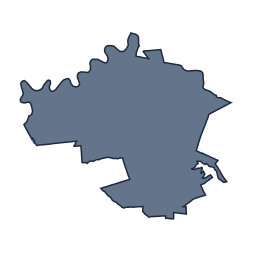 Butea, Iasi, Romania, rotated 85°
{"feature_id": "2599482B5832134522428", "entity_name": "Butea", "entity_type": "district", "adm_level": 2, "iso_a3": "ROU", "parent_name": "Romania", "parent_adm1": "Iasi", "projection": "mercator", "projection_center": [26.967, 47.08], "detail": "fine", "context": "isolated", "style": "filled", "palette": "slate", "viewbox_px": 256, "rotation_deg": 85, "n_neighbors": 0, "source": "geoboundaries", "source_scale": "gbopen_adm2", "svg_char_len": 5699}
<svg xmlns="http://www.w3.org/2000/svg" viewBox="0 0 256 256"><g transform="rotate(85 128 128)"><path d="M107.3,225.6L108.1,226.0L110.4,226.9L112.6,228.1L113.2,228.5L114.0,229.4L115.5,231.4L120.0,229.5L123.0,228.2L131.3,224.5L130.1,223.9L132.9,222.2L133.0,222.4L133.3,223.3L134.8,222.6L134.8,222.3L135.0,222.0L137.4,220.4L137.6,220.2L137.3,219.6L137.3,219.0L137.3,213.5L137.3,213.1L137.2,207.5L137.2,206.8L137.1,205.6L136.9,202.0L137.0,200.7L136.9,199.3L136.7,182.6L136.6,180.5L140.6,182.8L141.3,183.5L141.5,183.4L141.6,183.1L141.6,182.1L141.6,179.1L141.6,176.6L142.9,176.5L151.1,176.6L158.3,176.8L158.7,176.2L158.5,175.6L158.8,174.2L158.6,173.0L158.8,172.8L159.4,172.3L159.7,171.7L159.5,171.2L158.9,170.9L158.6,170.8L158.5,170.6L158.4,169.9L157.7,168.6L157.8,167.7L157.7,166.9L157.8,166.4L158.2,165.7L158.2,165.3L157.7,164.3L156.8,162.1L156.8,161.1L157.1,159.8L156.2,157.2L155.4,151.2L155.8,148.9L157.1,145.5L157.3,144.1L157.1,143.5L157.1,142.8L157.6,142.0L157.7,141.1L157.3,139.0L157.2,136.1L160.4,135.5L172.2,132.7L176.2,131.6L177.2,131.3L179.3,130.7L180.4,135.8L181.2,139.8L181.5,140.7L181.9,142.5L182.2,144.1L182.7,146.0L183.3,149.4L184.2,152.8L184.7,155.6L185.6,159.7L185.7,160.3L187.6,159.0L188.1,158.7L188.6,158.2L188.9,157.1L189.3,156.8L190.0,156.4L190.2,156.2L191.0,155.6L191.3,155.5L191.5,155.1L191.9,154.9L192.2,154.8L192.8,154.3L194.0,153.6L194.8,152.1L195.3,151.9L195.7,151.5L196.2,150.9L196.8,150.6L197.7,150.4L198.1,150.2L199.7,148.6L200.7,146.7L200.8,146.3L201.0,146.3L201.7,145.5L202.9,144.8L203.1,144.6L203.4,143.8L203.7,143.5L204.6,142.7L204.8,142.2L205.6,141.5L206.4,141.1L206.8,139.9L207.0,139.4L207.4,139.0L207.2,138.7L207.0,137.4L206.8,136.9L206.9,135.3L207.0,134.7L206.9,133.9L207.0,131.8L207.4,128.7L207.3,127.2L207.3,124.6L207.4,124.2L207.5,122.2L207.5,121.7L207.6,121.2L207.6,120.0L212.5,120.6L213.1,120.3L213.8,119.6L214.5,118.8L215.0,118.9L215.6,118.2L216.1,117.6L217.4,116.1L218.3,115.4L218.7,114.8L218.3,113.2L218.6,105.7L218.6,105.0L218.6,102.3L218.9,98.1L221.2,98.4L221.3,97.1L222.1,93.7L222.4,90.5L216.3,89.8L216.4,88.8L217.4,84.1L217.8,82.2L218.8,77.4L211.5,77.0L211.4,78.8L211.2,79.8L208.0,74.6L206.1,71.4L205.3,70.4L204.9,69.8L204.3,68.4L203.1,63.7L203.0,62.7L202.5,60.9L202.1,58.6L201.6,56.6L199.9,57.3L197.8,58.3L194.5,59.3L191.1,60.7L190.5,59.0L189.9,56.7L189.5,56.2L189.0,55.4L188.5,54.8L187.5,53.2L187.1,52.4L186.9,51.6L186.7,51.3L186.0,50.8L185.7,50.5L185.0,48.8L184.7,48.2L183.5,48.8L181.8,50.0L182.5,51.3L182.9,52.5L183.7,53.7L184.1,54.7L184.5,55.8L184.7,56.7L184.7,57.2L184.6,57.8L184.4,58.3L184.1,58.3L183.9,57.8L183.3,57.1L181.4,56.1L180.7,55.4L179.7,55.8L177.6,56.8L177.9,57.2L178.6,57.9L179.4,58.9L179.4,59.2L178.8,58.9L178.2,58.6L177.7,58.6L177.1,58.7L176.8,58.7L176.0,57.9L174.9,57.6L174.5,57.5L173.8,57.8L173.6,58.0L174.1,59.1L174.3,60.5L174.2,61.6L174.2,62.6L174.9,64.1L175.0,64.4L174.8,65.8L174.9,66.6L174.8,67.2L174.4,68.0L174.2,68.1L173.9,66.7L173.7,66.0L173.4,65.5L172.6,64.5L171.4,63.7L171.0,63.5L170.5,63.1L169.9,62.1L169.6,61.3L167.2,62.0L167.6,61.1L167.4,59.9L167.6,58.5L168.7,57.4L169.6,56.6L170.5,55.4L171.1,54.1L170.2,53.1L171.3,51.9L171.6,51.6L172.8,50.9L173.3,50.3L173.5,49.9L173.7,49.4L173.9,48.2L174.4,46.8L174.6,46.3L174.9,45.8L176.6,45.3L177.0,45.1L178.2,44.0L178.6,43.7L179.5,43.4L181.3,43.2L182.4,43.0L184.8,42.7L185.6,42.5L186.7,41.9L186.8,41.5L187.6,40.5L188.2,40.1L189.2,39.0L189.8,38.2L190.6,37.3L190.5,36.8L190.1,34.3L188.6,35.1L188.6,35.3L186.3,36.6L185.8,37.0L182.3,38.8L180.7,39.4L178.6,40.4L175.1,42.1L172.4,43.6L171.3,44.4L168.6,41.6L168.1,41.2L167.5,42.3L167.4,42.9L167.1,43.2L166.7,43.9L166.4,44.3L165.2,46.4L164.2,48.4L163.4,49.6L162.8,50.6L162.4,51.4L161.8,52.5L161.5,52.7L161.3,53.0L160.3,54.8L159.6,56.1L159.9,56.2L156.6,62.0L145.8,57.7L145.4,57.6L144.1,56.9L142.9,56.5L134.6,52.4L134.0,52.0L128.6,49.5L127.6,49.0L127.5,48.9L124.9,47.6L123.4,47.0L122.5,46.7L121.3,46.0L111.7,23.2L111.4,24.0L109.4,27.6L105.8,33.3L105.8,34.7L105.4,36.1L104.9,37.2L103.9,37.0L103.2,37.1L102.6,38.5L102.2,39.1L101.5,40.0L100.0,41.5L99.0,42.6L98.6,43.3L96.6,47.5L96.1,48.3L95.7,48.8L95.2,49.2L94.7,49.5L94.0,49.7L93.5,49.7L92.9,49.6L90.6,48.7L90.1,48.6L86.5,48.8L80.6,48.6L79.9,48.8L79.1,49.1L78.2,49.8L77.7,50.6L77.4,51.4L76.9,53.4L76.7,55.1L76.6,55.8L76.5,57.7L76.6,59.4L76.5,62.4L76.4,63.4L76.2,64.4L75.8,65.3L75.2,66.3L74.4,67.3L73.7,67.8L72.8,68.4L71.2,69.2L70.6,69.6L70.2,70.3L69.8,71.2L68.8,75.1L67.8,78.9L66.4,84.4L66.0,86.4L52.7,88.5L52.8,91.3L52.7,93.7L52.8,100.5L52.6,105.6L52.8,105.9L53.3,106.2L60.6,101.4L59.8,104.7L58.5,109.1L58.1,110.3L57.2,113.7L57.0,113.9L56.4,113.8L55.6,113.4L55.3,113.3L53.7,113.2L48.8,110.9L47.6,110.2L47.4,110.1L47.4,109.9L48.0,109.5L46.7,109.9L44.9,110.1L39.8,109.7L38.9,109.7L38.2,109.8L37.4,110.1L36.7,110.6L36.0,111.1L35.2,112.3L34.7,113.6L33.7,116.6L33.6,116.8L34.3,117.0L36.0,118.3L39.2,120.1L41.7,120.7L45.6,120.5L49.6,123.3L51.5,126.3L50.7,129.8L45.2,135.0L44.4,137.9L44.3,141.5L45.5,143.5L48.2,144.6L50.8,144.3L54.4,142.3L57.8,141.8L60.8,143.1L61.1,145.7L57.0,152.1L56.4,157.5L58.1,159.5L60.1,160.3L63.3,160.0L67.0,160.4L69.2,162.8L68.0,169.7L68.8,172.5L70.7,173.7L73.1,174.0L79.4,172.3L81.0,173.0L82.3,174.4L82.5,176.9L81.2,179.4L78.9,180.9L75.7,181.5L73.6,182.9L73.6,184.7L74.4,187.7L76.5,190.3L83.6,196.9L85.0,199.5L84.6,201.3L82.4,202.8L79.9,202.7L76.9,201.3L74.3,201.3L73.4,202.3L73.6,203.9L75.1,205.5L78.1,208.3L80.6,209.7L82.1,211.7L82.8,214.1L82.9,216.1L81.9,218.6L80.5,220.2L74.2,224.5L71.7,227.1L72.1,229.0L73.7,230.8L76.1,230.9L84.3,229.3L86.3,230.1L87.9,231.4L90.2,232.8L92.2,232.8L93.2,231.9L93.8,229.9L94.0,228.1L93.5,226.0L93.8,223.8L96.0,222.6L99.7,221.9L103.1,221.6L106.3,222.9L107.4,225.2L107.3,225.6Z" fill="#64748b" stroke="#1e293b" stroke-width="1.5"/></g></svg>